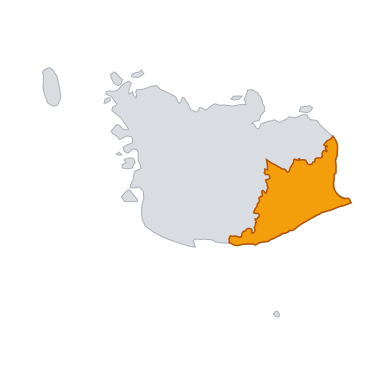 Gangwon highlighted on a map of South Korea, rotated 95°
{"feature_id": "KOR-2496", "entity_name": "Gangwon", "entity_type": "Province", "adm_level": 1, "iso_a3": "KOR", "parent_name": "South Korea", "parent_adm1": "", "projection": "albers", "projection_center": [128.239, 37.618], "detail": "fine", "context": "in_parent", "style": "filled", "palette": "amber", "viewbox_px": 384, "rotation_deg": 95, "n_neighbors": 0, "source": "natural_earth", "source_scale": "10m", "svg_char_len": 6290}
<svg xmlns="http://www.w3.org/2000/svg" viewBox="0 0 384 384"><g transform="rotate(95 192 192)"><path d="M108.2,81.7L109.6,80.6L109.7,79.0L109.8,73.8L114.0,70.2L119.9,62.8L122.8,58.7L126.1,54.9L129.8,52.4L133.5,51.2L139.3,50.8L150.3,51.4L152.5,50.9L160.2,50.6L162.0,51.3L167.6,51.7L173.8,51.3L176.9,50.2L179.8,48.3L182.3,44.9L184.9,38.6L187.7,33.6L189.3,32.7L200.6,59.1L211.6,76.1L221.0,88.3L234.5,112.0L238.5,124.7L239.0,132.5L241.4,143.3L239.6,149.6L240.2,159.3L239.5,164.4L237.9,168.1L237.9,175.2L238.5,179.0L238.6,184.1L239.7,186.0L241.2,186.7L243.7,184.9L246.7,184.0L246.2,190.1L242.8,205.5L239.7,216.7L235.5,226.5L230.1,235.5L223.5,239.0L218.8,240.3L209.9,240.8L202.5,239.4L196.2,240.5L193.6,242.3L191.7,245.5L193.1,250.4L193.0,254.1L190.2,253.8L184.8,251.7L178.8,251.4L176.0,250.4L173.2,245.1L170.3,245.3L165.3,248.4L157.6,249.0L154.9,250.7L154.0,252.9L155.1,255.6L158.9,259.2L157.6,262.8L153.6,264.6L150.3,260.1L148.3,255.7L146.1,255.5L142.5,256.7L141.8,261.4L143.4,264.6L146.1,268.4L142.3,272.6L141.2,275.7L138.5,277.9L131.2,272.9L132.3,269.4L135.5,266.1L135.9,262.7L134.9,260.6L124.3,269.2L117.7,279.0L114.2,278.3L112.8,275.7L110.8,274.6L103.6,280.9L102.3,286.0L99.7,286.1L98.6,283.9L98.6,279.4L97.5,275.5L90.3,269.7L87.1,264.7L88.9,262.0L95.0,263.6L99.8,263.5L98.9,261.1L97.3,260.0L100.5,258.7L103.2,256.1L101.0,255.3L97.6,256.8L94.9,256.0L93.9,249.5L90.6,242.8L89.0,236.4L92.4,232.8L94.2,227.0L97.5,218.8L99.1,216.1L103.4,214.2L105.0,212.1L102.7,211.0L98.9,209.9L99.1,207.5L101.6,206.2L104.5,203.6L110.1,200.5L112.0,194.5L110.4,192.9L107.0,191.4L107.8,188.4L109.2,186.0L108.7,184.6L104.7,180.6L102.1,176.9L103.0,172.9L102.5,166.6L102.9,161.4L102.8,158.6L100.9,152.2L100.2,145.8L97.6,146.7L95.4,148.2L88.0,145.8L85.6,145.6L84.8,140.9L87.6,135.1L94.0,130.1L97.7,129.5L100.5,127.3L104.8,126.6L109.8,130.2L114.4,131.0L116.9,137.1L118.5,138.4L118.8,136.2L122.6,133.6L123.5,131.7L122.7,130.6L118.4,129.4L114.7,121.9L114.2,118.6L112.9,116.5L115.0,110.6L110.7,103.7L108.6,101.5L109.0,95.3L106.8,91.4L105.5,89.2L104.8,85.5L105.5,83.9L107.5,83.3L108.2,81.7ZM88.4,350.1L86.1,351.4L84.1,350.5L83.6,349.9L81.1,346.5L80.5,344.7L82.3,341.5L89.2,336.2L106.9,331.3L110.1,331.1L117.1,333.4L118.5,337.7L117.2,341.3L115.5,343.7L107.4,347.6L101.0,349.5L88.4,350.1ZM207.4,258.3L202.8,261.9L196.6,257.1L195.1,254.4L199.8,250.4L203.8,245.9L206.4,245.6L207.4,258.3ZM174.6,257.9L174.1,263.6L170.6,263.9L168.6,260.2L166.4,262.0L165.3,262.0L163.6,257.4L163.3,253.8L167.4,251.1L169.8,252.7L173.3,253.6L174.6,257.9ZM85.2,282.5L82.1,283.3L80.4,281.3L79.2,280.7L79.9,278.1L85.1,272.9L86.1,271.2L90.8,272.3L92.5,275.1L90.3,279.3L85.2,282.5ZM102.9,84.3L102.5,92.1L99.9,91.7L98.2,90.9L97.5,89.3L95.8,82.1L97.9,79.1L101.6,81.6L102.9,84.3ZM82.7,261.2L82.0,262.6L79.9,262.1L77.8,258.0L77.0,254.8L74.9,253.0L78.4,250.3L82.6,255.4L82.7,261.2ZM96.6,157.6L95.9,161.4L92.8,158.8L92.1,150.4L95.2,152.9L96.6,157.6ZM308.3,98.5L306.3,100.3L303.7,98.6L303.3,96.8L304.6,95.1L307.6,94.0L309.1,95.4L308.3,98.5ZM110.5,284.5L111.3,287.3L107.4,286.8L105.3,284.0L105.6,281.7L108.0,281.4L110.5,284.5ZM161.6,269.1L161.1,270.9L158.6,268.1L161.1,265.1L161.6,269.1Z" fill="#d9dde1" stroke="#a8b0b8" stroke-width="1"/><path d="M170.6,51.8L173.8,51.5L177.0,50.4L179.9,48.5L182.4,45.9L183.5,44.4L184.4,42.7L185.0,40.9L185.2,38.8L184.8,36.8L184.7,35.8L185.0,35.0L186.2,34.0L188.8,32.6L190.2,35.4L192.4,39.6L192.8,41.5L193.9,44.3L198.0,52.4L201.2,60.9L201.8,61.8L203.4,63.9L204.1,65.6L211.9,76.7L214.9,81.0L218.6,85.0L219.1,85.4L221.6,88.3L221.7,89.5L221.7,90.9L222.0,92.1L223.7,93.0L224.2,94.0L225.6,98.5L226.2,99.5L226.9,99.9L227.5,100.6L229.7,104.7L231.0,106.3L231.5,107.2L231.7,108.2L232.0,109.1L234.3,111.5L235.0,113.6L235.7,118.0L236.6,120.5L239.1,123.8L239.3,124.5L239.0,125.2L238.6,125.9L238.3,126.5L238.3,127.1L238.7,128.9L239.2,134.2L239.6,136.6L241.3,141.6L241.4,144.0L241.0,146.3L239.9,148.3L239.1,150.7L238.6,150.7L237.0,150.4L235.5,151.1L232.2,149.9L232.7,148.5L232.6,147.2L232.1,145.7L232.0,144.1L232.6,142.5L233.1,141.0L232.7,140.6L232.3,140.2L232.5,138.9L229.0,138.6L228.0,138.1L226.9,137.6L226.4,136.5L226.1,135.3L224.5,134.6L223.5,133.1L223.3,131.2L223.6,129.7L224.4,129.1L225.3,128.8L226.7,129.3L227.8,128.4L227.3,127.1L225.9,126.2L224.2,125.9L223.0,126.5L221.7,126.9L220.0,126.1L218.1,125.8L217.5,126.0L217.0,126.0L216.6,125.5L216.0,125.2L214.7,126.3L213.3,126.8L213.2,125.8L213.3,124.8L212.5,124.4L211.6,124.2L210.9,123.0L209.6,122.9L208.3,123.5L207.5,124.6L207.8,126.0L207.7,127.4L207.4,128.7L206.2,128.5L204.8,128.2L203.6,127.8L202.4,127.1L201.4,126.5L200.5,126.1L199.3,126.0L198.1,125.7L196.8,124.9L195.7,124.1L194.6,124.1L193.4,124.5L192.4,124.7L191.6,124.7L191.2,123.9L190.3,123.0L190.4,122.1L189.9,121.6L187.7,121.9L186.2,122.4L185.8,122.6L185.4,122.5L184.7,122.2L184.2,121.6L185.0,120.3L186.4,119.4L186.9,118.1L186.1,117.9L183.4,117.5L180.8,116.5L179.7,117.4L178.8,117.8L177.6,117.6L176.7,118.3L175.1,119.2L173.6,119.6L173.0,118.8L173.0,117.5L171.2,115.6L168.8,116.4L167.9,117.5L168.2,120.4L167.2,121.0L166.9,121.4L166.5,121.7L166.1,121.5L165.7,121.3L164.3,121.2L162.9,121.5L163.3,118.6L158.3,119.3L153.3,120.6L155.9,115.9L158.0,110.8L160.9,104.6L161.3,103.3L161.0,102.0L161.6,100.9L162.5,99.9L163.4,99.5L163.9,98.4L163.4,97.5L162.7,96.9L161.6,96.8L160.5,96.4L158.9,96.1L156.3,94.7L155.1,94.2L153.9,93.4L152.6,93.2L151.4,93.6L150.3,92.7L150.4,91.7L150.9,90.7L151.1,89.6L151.2,88.4L149.9,88.8L149.4,88.0L150.7,86.5L150.5,85.4L150.1,84.3L150.4,83.5L150.4,82.6L150.3,81.7L152.7,79.9L153.7,79.6L154.2,78.8L154.5,76.4L153.4,74.7L152.5,74.5L151.6,74.1L151.0,72.4L150.0,72.3L148.8,72.4L147.7,71.5L147.1,69.9L146.9,67.1L146.4,65.7L146.1,65.5L145.8,65.5L145.5,65.8L145.2,65.8L144.4,65.2L142.5,65.9L140.7,65.4L140.0,65.0L139.3,64.3L139.3,63.2L139.6,62.2L139.9,61.8L140.1,61.4L139.8,61.1L139.4,61.0L139.0,61.1L138.7,61.4L138.1,62.1L137.4,62.8L136.3,63.0L135.4,62.4L135.2,61.8L135.2,61.2L134.8,61.0L134.5,61.4L134.3,62.0L134.3,63.9L133.7,64.8L132.0,64.0L130.4,62.6L129.9,62.0L129.3,62.1L128.8,61.3L128.5,60.3L128.1,59.8L127.6,59.4L127.2,58.5L126.5,58.0L124.9,57.0L124.0,56.5L124.3,56.2L126.9,54.1L129.8,52.3L132.9,51.1L135.9,50.8L137.4,50.9L143.1,50.5L147.5,51.9L148.9,51.8L151.6,51.0L160.6,50.2L160.9,50.5L161.5,51.3L162.1,51.9L162.7,52.1L165.8,51.5L170.6,51.8Z" fill="#f59e0b" stroke="#b45309" stroke-width="1.5"/></g></svg>